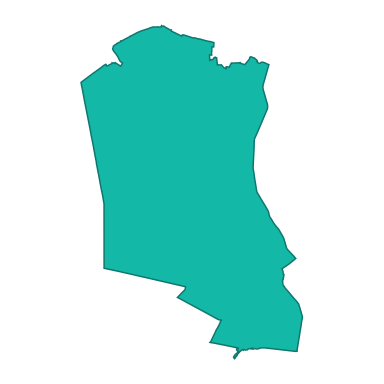 the district of Kaag en Braassem, Zuid-Holland, Netherlands, rotated 92°
{"feature_id": "6326949B3369554265068", "entity_name": "Kaag en Braassem", "entity_type": "district", "adm_level": 2, "iso_a3": "NLD", "parent_name": "Netherlands", "parent_adm1": "Zuid-Holland", "projection": "albers", "projection_center": [4.616, 52.193], "detail": "fine", "context": "isolated", "style": "filled", "palette": "teal", "viewbox_px": 384, "rotation_deg": 92, "n_neighbors": 0, "source": "geoboundaries", "source_scale": "gbopen_adm2", "svg_char_len": 5458}
<svg xmlns="http://www.w3.org/2000/svg" viewBox="0 0 384 384"><g transform="rotate(92 192 192)"><path d="M254.8,86.0L253.6,87.1L252.2,88.4L251.9,88.8L251.4,89.2L250.9,89.7L250.6,90.1L247.1,93.6L246.1,94.6L245.6,95.0L244.8,95.4L244.1,95.7L236.2,98.3L235.2,98.7L234.3,99.1L232.9,99.9L226.8,103.7L225.8,104.4L224.5,105.7L222.7,107.3L221.9,108.0L219.6,109.7L217.2,111.2L213.9,113.5L212.1,114.1L210.4,114.5L209.8,114.6L208.1,115.4L207.2,115.9L207.2,116.0L205.6,116.8L205.5,117.0L200.9,119.9L199.9,120.6L197.8,122.0L192.9,125.1L190.3,126.8L189.8,127.0L189.1,127.3L188.7,127.4L187.9,127.5L187.4,127.7L183.7,128.4L182.6,128.6L181.9,128.7L178.3,129.5L170.8,130.8L167.4,131.5L165.8,131.8L164.9,131.8L145.2,131.5L138.4,131.6L138.1,131.5L137.3,131.4L136.5,131.3L129.2,128.3L106.7,119.7L105.9,119.5L105.3,119.4L104.7,119.4L104.1,119.4L102.9,119.5L102.1,119.6L98.0,120.9L88.4,124.0L87.8,124.2L85.9,124.7L85.3,124.8L84.6,124.8L83.1,124.7L82.3,124.6L62.0,119.6L61.9,120.0L61.6,121.0L61.2,121.9L60.7,122.9L60.5,123.4L60.3,124.0L59.8,125.9L59.8,126.1L59.8,126.6L59.9,126.9L60.2,127.7L60.6,128.2L61.0,128.8L61.0,129.0L61.1,129.4L61.0,130.0L60.8,130.4L60.7,130.5L60.4,130.8L59.9,131.3L59.5,131.6L59.0,131.1L58.5,131.4L57.7,132.1L56.6,133.5L56.3,133.9L55.9,134.3L55.7,135.0L55.3,136.4L55.0,137.2L54.9,137.6L54.8,137.8L54.9,138.0L54.9,138.3L55.0,138.5L55.3,138.7L55.5,138.9L55.9,139.0L56.6,139.2L57.3,139.3L62.9,143.7L61.7,148.0L61.6,147.9L61.2,148.1L60.9,148.4L60.9,148.5L61.0,148.6L61.3,148.5L61.2,148.7L61.6,153.8L61.7,154.0L61.7,157.1L62.0,157.4L62.3,157.3L62.6,157.5L63.0,157.7L63.9,158.3L65.0,158.6L65.9,159.0L65.6,162.2L67.6,162.2L67.0,163.4L66.7,164.5L66.1,165.1L63.9,167.0L64.1,171.1L57.0,172.1L57.0,173.3L56.5,173.3L56.4,173.4L56.4,173.6L56.7,174.0L56.8,174.1L57.0,174.1L57.0,174.7L58.9,175.8L59.1,176.3L59.2,176.7L59.1,176.9L59.0,177.2L59.1,177.7L59.5,178.4L59.8,178.8L56.6,179.1L56.0,179.2L55.9,179.2L55.6,179.2L54.4,179.3L54.5,177.1L52.8,177.3L50.9,177.3L50.8,177.1L50.0,177.2L46.2,177.1L46.3,175.4L41.9,175.3L40.8,180.0L41.0,180.3L39.7,186.1L39.7,186.6L39.5,186.8L38.9,189.3L38.7,190.4L38.7,190.5L38.8,190.5L38.7,191.4L38.6,191.8L38.4,192.3L38.2,193.4L37.9,194.3L37.9,195.8L38.0,196.2L35.3,205.8L35.3,206.8L35.3,207.1L36.0,207.6L36.6,207.7L36.3,208.1L35.9,209.4L35.2,210.8L32.5,216.9L32.5,217.0L31.9,218.1L31.6,218.6L30.8,218.3L30.8,218.6L31.0,219.1L30.4,220.2L28.6,223.7L27.4,225.7L27.1,226.0L27.2,226.3L27.2,228.2L26.9,228.3L27.0,228.4L28.0,228.3L28.1,229.2L28.2,229.5L28.3,229.8L28.3,230.1L28.2,231.7L28.2,232.6L28.5,234.9L28.5,235.3L28.4,235.8L28.4,236.4L28.5,236.8L29.0,238.4L29.2,238.6L29.4,239.2L29.5,239.9L29.6,240.1L29.9,240.5L31.9,245.9L32.5,247.6L33.0,248.8L33.7,250.3L34.1,251.2L35.0,253.0L35.9,254.5L37.7,257.6L38.4,259.2L38.6,259.1L43.5,267.6L43.5,267.8L43.6,267.7L43.7,268.0L43.8,267.9L44.1,268.3L46.2,272.2L46.4,272.1L47.7,274.2L48.9,275.6L49.3,275.8L50.3,275.8L51.5,276.3L52.1,276.2L53.5,275.5L54.5,274.8L56.7,272.8L57.6,272.2L58.5,271.5L60.1,270.5L61.2,269.9L62.7,269.1L63.1,268.9L63.5,268.6L64.1,268.1L64.5,267.6L64.8,267.1L65.6,265.9L68.7,267.7L66.6,271.3L65.4,273.3L66.2,273.7L65.8,274.4L65.7,275.4L65.8,275.6L65.8,275.9L65.7,276.3L66.2,276.2L68.7,280.5L68.7,280.4L69.0,281.0L68.9,281.5L67.8,282.2L67.4,282.6L68.4,284.3L68.9,285.0L69.3,285.4L70.9,287.3L73.0,290.0L74.4,291.8L75.2,292.8L75.6,293.4L76.6,294.7L82.0,301.4L82.9,302.5L85.0,305.1L86.2,306.6L86.3,306.7L86.5,306.7L89.4,306.1L93.1,305.2L95.7,304.6L106.1,302.3L121.8,298.6L135.7,295.4L138.1,294.9L143.2,293.7L145.4,293.2L146.1,293.0L147.0,292.8L150.5,292.0L152.2,291.7L154.3,291.2L161.5,289.6L162.3,289.4L164.0,289.0L166.0,288.5L166.4,288.6L180.4,285.4L191.4,283.0L198.2,281.3L202.6,280.4L204.6,280.0L205.8,279.7L207.1,279.5L228.6,278.7L271.3,277.2L273.8,263.0L274.3,260.3L274.4,259.9L276.6,248.2L278.2,240.2L279.0,235.8L286.7,196.2L286.9,195.1L289.1,195.4L289.6,195.6L290.1,195.8L290.3,196.0L294.2,199.6L297.9,202.9L298.9,200.7L312.1,174.1L318.0,162.4L318.8,160.6L318.9,159.2L318.9,158.7L319.1,158.2L319.6,158.5L320.5,159.0L322.8,159.8L324.5,160.6L326.8,161.7L329.4,163.1L332.4,164.3L334.5,165.3L340.4,167.8L341.0,168.3L341.7,168.8L342.3,164.3L344.0,153.8L345.9,142.8L346.5,139.7L346.6,140.1L346.9,140.2L346.8,140.9L347.0,141.0L347.0,141.6L348.1,142.0L348.8,141.5L349.2,141.2L349.2,140.5L349.5,140.0L351.5,141.4L351.6,141.6L352.1,142.2L352.5,142.7L352.8,143.1L353.8,143.7L355.4,144.7L355.8,144.1L356.3,143.6L356.6,144.1L357.1,143.6L355.7,142.7L354.1,141.5L353.4,141.1L352.9,141.1L349.7,138.4L349.3,137.9L348.0,136.5L348.1,136.3L348.1,136.2L347.7,135.7L348.4,135.0L347.7,134.4L348.1,132.6L348.0,132.1L348.0,131.6L347.9,131.4L347.1,130.5L346.9,130.2L346.7,129.7L346.6,129.4L346.8,126.2L346.8,125.8L346.0,126.4L346.5,122.8L346.6,121.7L346.7,121.4L346.6,121.1L345.9,119.1L345.4,117.4L345.3,116.6L345.3,115.1L345.3,113.4L345.9,105.2L346.6,96.6L347.7,82.5L347.6,82.1L347.5,81.8L347.4,81.7L347.4,81.4L346.8,81.4L345.8,81.4L341.8,80.9L331.0,79.5L327.7,79.1L321.3,78.3L316.7,77.8L314.2,77.3L313.1,77.3L312.2,77.4L311.0,77.9L306.3,79.4L304.3,80.1L302.8,80.6L300.5,81.4L299.8,81.8L299.3,82.2L299.0,82.5L296.9,84.3L295.5,85.7L291.9,89.0L289.7,90.9L285.5,94.9L284.0,96.2L283.8,96.2L283.5,96.2L283.4,96.3L282.6,97.1L282.2,97.5L281.6,97.8L280.5,98.0L279.7,98.2L279.0,98.2L278.0,98.3L276.6,98.4L276.3,98.4L276.3,97.9L271.3,97.2L271.0,97.8L268.2,98.3L267.8,98.5L266.3,99.0L266.0,99.3L265.7,99.6L263.8,97.0L263.1,96.0L259.9,91.7L254.8,86.0Z" fill="#14b8a6" stroke="#0f766e" stroke-width="1.5"/></g></svg>